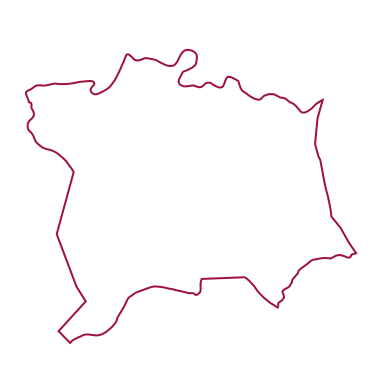 San Antonio del Norte, La Paz, Honduras (Natural Earth projection), rotated 266°
{"feature_id": "27666195B2585232862225", "entity_name": "San Antonio del Norte", "entity_type": "district", "adm_level": 2, "iso_a3": "HND", "parent_name": "Honduras", "parent_adm1": "La Paz", "projection": "natural_earth1", "projection_center": [-87.706, 13.889], "detail": "fine", "context": "isolated", "style": "outline", "palette": "rose", "viewbox_px": 384, "rotation_deg": 266, "n_neighbors": 0, "source": "geoboundaries", "source_scale": "gbopen_adm2", "svg_char_len": 5927}
<svg xmlns="http://www.w3.org/2000/svg" viewBox="0 0 384 384"><g transform="rotate(266 192 192)"><path d="M293.0,35.5L292.7,36.4L292.3,37.1L291.9,37.6L291.4,37.9L290.6,38.0L289.6,38.0L288.2,37.7L287.4,37.6L286.6,37.9L284.6,38.8L283.3,39.4L281.8,39.7L280.3,39.7L279.7,39.6L279.1,39.4L277.9,38.6L276.2,37.1L275.2,35.7L274.5,34.9L273.4,34.1L272.1,33.2L271.4,32.9L269.8,32.7L268.8,32.6L267.5,32.6L266.5,32.8L265.5,33.3L264.2,34.1L262.9,35.3L262.2,35.8L260.9,36.7L259.7,37.3L257.8,38.1L255.3,38.8L253.4,39.6L252.1,40.4L250.4,42.0L247.9,44.7L246.7,46.2L245.9,47.7L245.2,49.1L244.8,50.3L244.0,53.2L243.5,54.5L242.5,56.5L241.7,57.9L240.9,59.1L239.7,60.6L238.1,62.4L234.3,66.2L232.3,68.0L231.5,68.7L228.7,70.3L223.6,73.6L221.6,74.6L219.9,75.3L159.4,54.1L105.6,70.2L90.3,78.4L62.5,49.2L49.9,59.9L50.8,60.8L51.8,61.9L52.3,62.6L52.8,63.5L53.6,65.3L54.5,67.4L55.7,70.8L56.8,73.3L57.1,74.4L57.2,75.1L57.2,76.4L57.1,78.9L56.9,79.9L56.2,82.9L55.8,85.3L55.6,86.5L55.6,87.7L55.8,89.9L56.3,92.0L57.0,93.8L58.2,96.2L60.0,98.9L63.1,102.9L65.4,105.2L67.0,106.6L68.2,107.4L69.0,107.9L69.8,108.2L71.6,108.8L72.7,109.4L77.6,112.9L82.2,116.1L83.5,116.9L85.3,117.9L90.1,120.7L90.9,121.4L91.7,122.4L92.5,123.9L94.9,127.9L95.5,129.1L96.0,130.5L98.6,139.4L99.9,144.3L100.3,146.8L100.4,147.6L100.3,148.8L100.2,149.9L99.8,152.5L99.2,155.6L97.9,160.1L96.9,163.4L96.5,165.4L96.3,166.2L95.3,168.9L93.3,175.7L91.3,181.9L91.2,182.6L91.2,184.7L90.9,185.9L90.7,186.6L90.3,187.2L89.2,188.3L89.1,188.8L89.0,189.3L89.1,189.7L89.3,190.2L90.1,191.4L91.1,192.7L91.4,193.0L91.9,193.3L92.9,193.6L94.3,193.8L95.9,194.0L98.2,193.9L102.6,194.7L103.3,195.0L104.6,195.7L103.3,238.5L101.7,240.6L99.2,243.1L94.1,247.2L88.1,250.8L82.4,255.6L81.3,256.6L76.0,262.2L73.3,266.0L70.7,269.4L71.2,269.7L72.1,270.0L73.0,270.2L74.2,270.1L74.8,270.3L75.4,270.6L75.7,270.9L77.5,274.1L79.9,276.1L80.5,276.4L81.0,276.5L81.7,276.5L85.8,275.3L86.5,275.3L86.8,275.4L87.1,275.6L87.6,276.2L88.3,277.3L88.7,278.0L89.6,280.2L90.1,281.2L90.5,281.9L91.1,282.5L92.3,283.5L94.3,284.9L95.4,285.5L95.9,285.6L96.9,285.8L97.5,286.1L98.3,286.7L99.8,288.3L101.3,289.7L103.0,291.4L104.0,292.1L105.6,292.7L106.9,293.8L108.4,295.8L110.7,299.7L111.8,301.1L112.3,302.3L113.4,303.5L114.9,305.6L115.5,306.8L115.9,308.0L116.6,314.0L116.8,315.4L117.0,320.1L116.6,322.2L116.4,324.0L116.2,324.4L116.0,324.7L116.0,325.1L116.4,326.6L118.3,331.0L118.7,332.4L118.8,333.7L118.8,334.5L118.6,335.8L117.9,338.1L117.1,340.2L116.3,341.4L115.8,342.6L115.7,343.5L115.7,344.5L115.8,345.1L115.9,345.3L118.0,346.6L118.4,346.7L118.5,347.0L118.9,349.1L119.5,351.4L130.0,345.3L136.8,342.0L145.9,337.7L157.7,329.4L166.1,328.9L177.2,327.4L185.2,325.9L190.1,325.1L214.8,322.2L219.1,320.5L231.3,318.1L256.9,322.4L274.7,328.8L274.0,327.1L273.1,325.4L271.4,322.4L270.3,320.9L267.4,317.8L266.2,316.1L265.4,314.7L264.4,312.9L263.8,311.2L263.4,309.6L263.4,308.9L263.5,308.3L263.6,307.7L263.9,307.0L264.1,306.6L264.5,306.2L266.5,304.7L270.1,302.0L271.0,301.3L272.1,300.2L273.0,299.1L274.3,296.7L275.8,294.7L276.4,294.0L277.5,293.1L278.0,292.5L278.8,291.3L279.4,289.8L279.7,288.9L279.9,287.3L280.2,286.5L280.6,285.7L282.0,283.6L283.2,281.6L283.7,280.5L283.9,279.5L284.1,278.4L284.2,277.3L284.3,276.3L284.1,275.0L283.3,271.9L283.0,270.9L282.8,270.5L281.9,269.3L280.0,267.2L279.6,266.4L279.4,265.6L279.4,264.8L279.8,263.3L280.5,261.5L281.2,259.9L282.2,258.4L283.7,256.3L287.3,252.1L289.0,249.9L289.5,249.3L290.0,248.9L290.9,248.4L292.1,247.8L294.1,247.3L296.4,246.6L298.6,246.2L299.2,246.0L299.7,245.6L300.3,244.8L301.1,243.6L303.6,239.4L304.0,238.6L304.1,237.2L304.3,236.7L304.5,236.3L304.5,236.0L304.4,235.7L303.9,235.1L303.0,234.3L301.2,233.2L298.0,231.8L295.8,230.7L295.2,230.2L294.7,229.6L294.4,229.0L294.3,228.4L294.3,227.5L294.4,226.6L294.8,225.3L295.4,224.1L296.1,222.7L297.6,220.5L298.8,219.2L299.3,218.4L299.7,217.7L299.8,216.8L299.9,215.9L299.8,214.9L299.6,213.8L299.4,213.1L298.9,212.3L297.6,211.0L296.7,209.7L296.2,208.7L296.0,208.1L296.0,207.5L296.0,206.6L296.3,205.7L297.0,203.5L298.0,201.5L298.2,200.8L298.2,200.2L298.2,199.1L297.8,195.4L297.8,193.0L297.9,192.2L298.0,191.3L298.2,190.6L298.6,189.8L299.4,188.3L299.8,187.7L300.2,187.3L301.7,186.6L302.4,186.4L303.2,186.3L304.2,186.5L305.9,187.3L311.4,190.6L312.2,191.2L312.7,192.0L313.0,192.7L313.8,195.5L315.5,199.7L316.3,201.3L317.4,202.9L318.3,203.9L318.8,204.4L319.4,204.7L320.3,205.1L323.0,205.8L326.0,206.3L327.4,206.3L328.1,206.2L328.9,205.9L329.7,205.5L330.4,205.1L331.2,204.4L331.8,203.7L332.4,202.9L332.9,201.9L333.3,201.0L333.6,199.9L333.9,198.5L334.1,197.4L334.0,196.1L333.8,195.0L333.4,194.1L332.7,193.0L331.2,191.5L330.2,190.7L325.8,187.9L323.3,186.6L322.7,186.1L321.0,184.6L320.0,183.5L319.5,182.6L319.3,181.6L319.2,180.1L319.2,178.6L319.4,177.5L319.7,176.5L320.4,174.9L321.1,173.5L322.4,171.1L324.1,168.3L325.4,166.4L326.0,165.5L326.4,164.6L327.2,161.9L328.5,157.0L328.8,155.3L328.8,154.6L328.7,154.1L327.3,149.4L327.0,148.1L327.0,146.5L327.4,145.1L327.8,144.2L328.3,143.4L331.3,141.0L333.1,139.1L333.5,138.6L333.7,138.0L333.8,137.4L333.8,136.9L333.6,136.5L333.4,136.2L332.6,135.7L330.7,134.7L327.0,133.1L323.1,130.8L319.3,129.0L311.6,124.5L308.9,122.7L307.7,121.8L305.0,119.5L303.8,118.4L302.5,117.1L301.6,116.0L300.7,114.5L299.2,111.6L298.2,109.6L297.2,107.0L296.7,105.5L296.3,103.9L296.2,103.0L296.3,102.0L296.6,101.1L297.0,100.1L297.8,99.2L298.6,98.6L299.3,98.2L300.0,98.0L301.0,98.0L301.7,98.1L302.4,98.5L303.8,99.7L305.9,101.7L306.4,102.0L307.0,102.1L307.5,102.1L308.0,101.9L308.4,101.7L308.8,101.3L309.1,100.9L309.3,100.5L309.7,99.0L309.9,97.2L309.7,87.9L309.7,87.1L309.3,84.7L308.9,82.0L308.7,79.2L308.5,76.0L308.6,72.4L308.9,67.5L309.1,65.9L309.6,63.9L309.7,62.9L309.6,61.6L309.4,60.0L308.7,55.1L308.4,52.5L308.6,50.7L309.1,47.1L309.1,45.3L309.0,44.2L308.7,43.2L307.5,41.4L305.8,38.5L305.4,37.8L304.8,36.1L304.3,35.0L303.5,33.9L303.0,33.4L302.4,33.2L301.4,33.2L298.9,34.0L295.1,35.2L294.2,35.4L293.0,35.5Z" fill="none" stroke="#9f1239" stroke-width="2"/></g></svg>